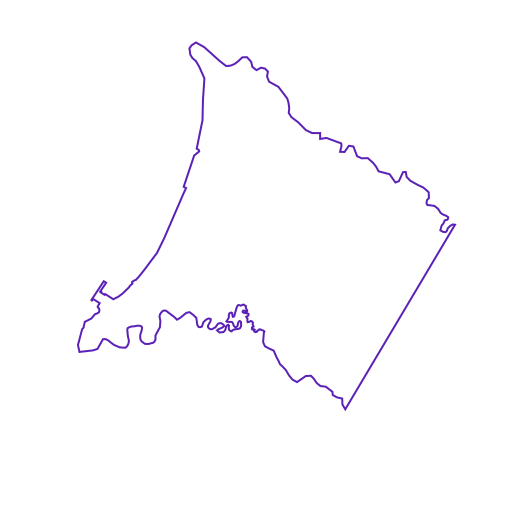 Seberang Perai Utara, Pulau Pinang, Malaysia, rotated 29°
{"feature_id": "92858781B46264786477712", "entity_name": "Seberang Perai Utara", "entity_type": "district", "adm_level": 2, "iso_a3": "MYS", "parent_name": "Malaysia", "parent_adm1": "Pulau Pinang", "projection": "mercator", "projection_center": [100.433, 5.483], "detail": "fine", "context": "isolated", "style": "outline", "palette": "violet", "viewbox_px": 512, "rotation_deg": 29, "n_neighbors": 0, "source": "geoboundaries", "source_scale": "gbopen_adm2", "svg_char_len": 4862}
<svg xmlns="http://www.w3.org/2000/svg" viewBox="0 0 512 512"><g transform="rotate(29 256 256)"><path d="M408.4,346.8L414.9,132.2L412.9,132.9L411.3,135.4L410.3,138.7L410.6,140.5L410.7,141.9L410.2,143.2L408.0,144.2L404.8,144.2L403.7,140.0L403.7,138.8L404.1,137.2L404.0,134.6L403.8,133.5L404.3,132.7L405.5,131.9L405.9,130.8L405.3,128.9L403.6,128.7L402.1,128.7L400.7,128.9L398.7,129.1L396.4,128.7L392.5,126.5L387.8,125.7L383.5,127.3L381.4,128.3L380.5,127.9L379.5,127.1L378.9,125.6L378.5,124.2L378.7,123.2L379.2,121.7L378.6,120.5L377.7,119.2L376.6,117.2L375.8,116.4L369.1,115.0L363.3,115.4L354.6,115.4L349.4,113.8L346.3,109.9L343.9,111.4L344.7,121.3L342.3,124.1L333.2,119.7L328.5,120.9L322.1,122.5L317.8,119.7L313.4,117.8L306.3,116.2L301.2,119.3L296.0,119.7L288.1,113.0L283.8,114.6L283.0,122.1L279.0,124.1L277.4,118.2L275.9,116.2L260.4,118.6L255.3,122.5L252.5,117.4L245.4,121.3L238.7,121.7L228.0,118.6L219.7,117.4L215.3,115.0L213.4,110.6L210.2,106.3L207.0,103.1L193.6,97.2L190.0,97.2L182.9,97.2L178.6,93.6L177.0,88.9L173.0,87.7L169.1,88.9L166.3,93.2L161.2,92.4L157.6,88.5L151.7,86.5L147.7,88.9L146.1,94.0L144.2,98.4L141.4,101.9L137.8,104.3L129.9,103.1L109.3,98.4L99.9,98.4L97.5,103.1L97.1,106.7L101.0,111.8L104.6,113.8L108.9,114.6L114.9,118.2L124.8,125.7L133.9,145.1L143.4,163.2L152.1,190.9L154.4,190.9L155.6,192.1L153.2,198.1L159.2,230.5L161.9,230.5L162.3,236.4L167.1,285.1L167.9,301.3L165.1,321.8L163.4,331.9L163.1,333.0L162.7,334.1L162.6,335.1L161.9,335.8L161.0,337.1L160.2,338.9L161.3,340.0L160.1,343.4L160.2,344.7L157.5,353.5L155.5,358.0L152.2,363.0L142.8,362.4L142.3,362.6L142.3,363.4L137.7,363.1L137.8,362.3L137.0,362.3L137.9,352.0L135.1,351.9L133.4,374.3L134.1,374.5L134.5,372.6L142.1,373.0L142.1,377.2L143.1,377.7L144.1,378.0L145.4,379.4L145.9,381.5L144.7,383.5L143.4,384.9L142.3,390.5L138.2,396.6L139.9,402.3L139.4,404.2L143.4,420.1L148.1,425.5L159.3,417.5L162.4,414.1L162.5,402.9L164.8,401.6L168.2,401.5L170.5,402.0L172.6,402.3L174.9,402.6L181.0,402.0L183.3,401.0L186.4,399.4L187.0,397.4L187.0,395.2L186.4,392.7L185.2,390.8L183.6,389.2L182.0,387.1L180.7,385.1L179.2,383.0L178.7,381.4L179.7,379.8L181.3,378.0L183.8,376.4L185.7,374.7L188.0,373.4L189.8,373.1L191.1,373.9L192.0,376.2L192.4,378.1L193.0,381.1L193.7,382.4L194.6,384.0L195.9,385.4L197.5,386.2L199.3,386.4L201.4,386.7L203.4,385.8L205.2,384.6L206.5,383.2L207.9,382.0L208.6,380.7L208.7,379.3L208.6,377.8L206.6,374.3L206.5,369.4L206.5,367.0L206.5,364.9L203.9,359.3L200.8,355.5L200.3,353.0L200.8,350.0L201.6,348.5L203.7,347.5L214.2,349.0L217.8,350.0L219.9,346.4L221.7,341.8L222.7,339.4L225.2,337.3L230.4,338.1L231.9,338.6L233.7,338.9L234.6,340.2L235.9,341.8L237.4,344.0L238.2,344.8L240.2,345.9L241.6,345.4L242.9,344.0L242.1,339.4L242.9,336.7L244.0,334.6L245.2,333.4L247.0,333.1L247.8,335.0L247.8,337.0L247.8,340.2L248.7,341.7L250.4,342.2L252.0,342.0L253.1,341.2L255.1,338.0L255.4,335.2L255.7,333.4L257.0,332.3L258.2,331.6L260.6,331.8L261.9,332.3L262.2,332.7L261.1,335.2L260.2,336.3L259.4,337.3L258.7,338.2L258.0,339.9L261.2,340.6L264.4,338.3L264.8,336.9L265.0,335.7L264.6,334.0L264.2,332.2L264.2,331.0L265.0,329.6L266.2,330.0L266.5,331.0L267.2,332.2L267.9,333.4L268.8,333.8L270.5,334.0L271.2,333.7L271.4,332.4L272.1,331.3L273.9,329.8L275.2,328.8L276.4,327.9L277.0,326.9L277.0,325.8L277.0,324.8L276.3,323.3L275.1,321.4L274.5,320.8L273.6,320.7L273.1,320.9L272.7,321.9L272.9,323.1L273.2,324.5L273.6,325.6L273.7,326.3L273.5,327.1L273.1,327.7L272.4,328.4L270.6,327.9L269.5,327.0L268.4,326.0L267.5,325.5L266.7,325.5L265.8,325.9L263.7,327.1L262.8,327.5L261.9,327.6L262.1,324.4L262.1,323.3L261.7,322.1L260.9,321.1L260.7,320.0L260.5,319.1L261.1,318.2L261.7,317.5L262.9,317.5L263.7,318.8L265.2,320.4L266.0,319.8L266.1,318.8L265.7,317.4L264.4,312.0L263.9,309.1L264.1,307.8L264.6,307.3L265.5,307.0L266.7,306.8L267.5,305.9L268.0,305.1L268.7,304.5L269.9,304.6L271.5,304.7L271.7,305.6L273.1,307.0L274.4,307.6L275.0,308.2L275.1,308.9L274.3,309.2L273.3,309.3L272.1,309.5L271.3,309.9L271.2,311.0L271.5,311.5L272.5,311.7L274.1,311.2L275.8,310.6L277.0,310.2L277.6,310.3L277.8,310.8L278.1,311.5L277.9,312.7L277.3,313.3L276.9,313.9L278.1,314.7L279.0,315.0L279.6,316.3L280.0,317.1L280.8,317.9L282.2,316.7L282.9,315.4L283.8,315.1L285.6,315.7L285.9,316.6L286.5,317.8L287.3,318.3L288.1,318.9L287.5,319.7L287.1,320.4L287.7,321.8L288.5,322.1L289.2,321.2L290.0,321.0L290.7,321.2L290.2,322.0L290.7,322.5L291.5,323.0L292.5,322.8L293.3,322.1L293.6,321.6L293.4,320.8L294.4,319.4L294.4,318.6L295.2,318.1L296.5,318.0L297.4,317.9L298.0,317.7L299.4,317.8L300.0,318.0L300.0,319.1L303.9,327.8L307.5,330.6L311.5,330.6L317.4,330.2L322.9,334.5L326.1,336.5L329.3,338.9L332.4,339.7L337.2,341.2L342.7,344.4L347.8,346.4L353.0,346.4L355.4,341.6L357.7,336.9L362.1,334.1L366.0,335.3L370.8,337.7L375.5,338.5L380.3,336.5L388.6,337.7L390.6,340.4L395.3,340.4L400.5,338.9L403.6,344.0L408.4,346.8Z" fill="none" stroke="#5b21b6" stroke-width="2"/></g></svg>